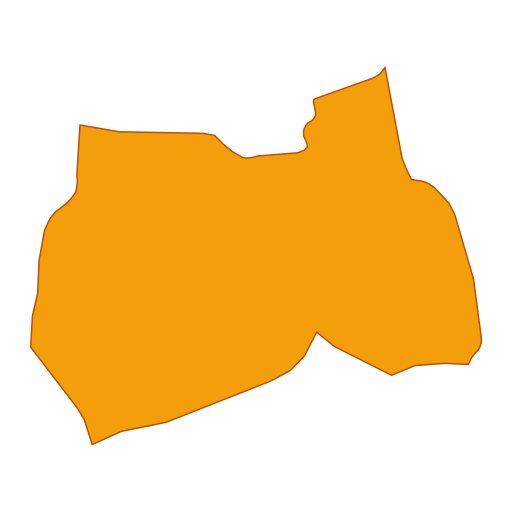 map outline of Samut Sakhon (orthographic projection)
{"feature_id": "THA-423", "entity_name": "Samut Sakhon", "entity_type": "Province", "adm_level": 1, "iso_a3": "THA", "parent_name": "Thailand", "parent_adm1": "", "projection": "orthographic", "projection_center": [100.245, 13.578], "detail": "fine", "context": "isolated", "style": "filled", "palette": "amber", "viewbox_px": 512, "rotation_deg": 0, "n_neighbors": 0, "source": "natural_earth", "source_scale": "10m", "svg_char_len": 998}
<svg xmlns="http://www.w3.org/2000/svg" viewBox="0 0 512 512"><path d="M468.3,364.4L444.6,363.3L414.8,365.6L391.6,375.3L334.6,346.6L316.7,332.1L304.5,355.8L290.4,370.4L271.0,380.9L166.3,422.2L121.3,431.4L92.2,444.5L84.4,420.0L77.8,408.7L30.7,347.1L32.4,316.2L37.7,293.0L39.0,261.1L44.5,230.5L48.6,221.3L50.6,217.8L55.7,211.7L66.4,203.5L70.5,199.3L75.9,192.0L77.4,181.7L76.9,174.4L80.0,125.0L119.3,131.8L203.1,133.3L214.5,135.4L223.1,144.1L232.4,151.6L242.5,157.4L247.0,158.1L252.2,157.4L257.7,156.0L297.7,152.8L304.2,150.2L307.4,146.7L306.9,143.2L303.9,136.5L303.5,132.6L304.1,128.9L305.7,125.7L308.0,122.9L311.2,121.0L313.6,118.7L315.4,115.9L315.6,112.2L313.4,101.5L313.8,99.6L316.0,98.4L373.0,78.1L379.8,74.1L385.0,67.5L402.1,158.2L405.8,167.9L411.4,179.6L421.1,181.0L425.8,182.3L429.7,184.3L434.4,187.7L448.8,203.0L454.6,214.1L473.5,278.8L481.3,337.8L481.3,342.6L479.9,346.8L478.3,350.0L475.3,353.1L471.9,357.3L468.3,364.2L468.3,364.4Z" fill="#f59e0b" stroke="#b45309" stroke-width="1.5"/></svg>